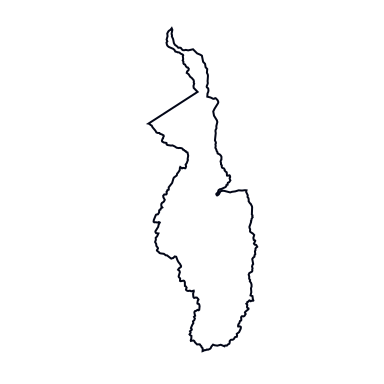 Huacaybamba, Huánuco, Peru (Robinson projection), rotated 235°
{"feature_id": "86281439B62210146896152", "entity_name": "Huacaybamba", "entity_type": "district", "adm_level": 2, "iso_a3": "PER", "parent_name": "Peru", "parent_adm1": "Huánuco", "projection": "robinson", "projection_center": [-76.78, -9.003], "detail": "fine", "context": "isolated", "style": "outline", "palette": "ink", "viewbox_px": 384, "rotation_deg": 235, "n_neighbors": 0, "source": "geoboundaries", "source_scale": "gbopen_adm2", "svg_char_len": 6034}
<svg xmlns="http://www.w3.org/2000/svg" viewBox="0 0 384 384"><g transform="rotate(235 192 192)"><path d="M121.1,218.3L123.1,218.0L125.7,216.9L126.6,217.0L128.2,218.3L129.5,218.5L130.5,219.0L133.7,223.4L134.4,223.6L134.9,224.6L135.9,225.5L136.6,227.3L137.6,227.4L138.2,228.2L139.2,228.1L145.0,232.5L145.9,232.9L148.7,233.3L149.4,233.0L152.0,233.1L152.8,233.8L154.5,234.7L156.0,234.6L157.4,235.8L161.0,236.4L162.1,237.6L163.1,236.4L164.5,233.8L166.6,231.2L167.7,227.8L169.2,224.9L169.8,223.0L174.4,219.1L175.4,217.9L176.1,216.1L176.1,215.4L174.7,212.7L174.6,210.9L174.9,210.5L176.0,210.5L176.6,211.0L176.8,212.9L178.2,214.7L178.3,215.2L178.2,216.7L177.7,217.5L176.8,222.3L177.2,223.5L177.9,224.1L177.6,225.4L178.2,225.7L179.0,226.7L178.7,228.1L179.5,230.1L181.4,230.5L181.9,231.0L182.4,231.9L183.8,232.4L184.3,232.2L184.7,230.8L185.4,230.1L188.2,231.7L189.6,231.2L191.0,231.1L191.5,231.6L192.9,231.7L194.4,230.7L194.9,230.6L196.3,231.2L196.7,231.7L198.0,231.6L199.1,232.4L200.6,232.9L201.5,234.0L201.6,234.6L203.9,236.3L205.1,236.5L206.7,236.3L208.9,235.1L210.1,235.7L211.4,235.7L213.0,236.3L214.8,236.5L216.1,237.8L217.7,238.6L218.4,239.7L219.4,240.1L221.1,240.4L226.6,245.2L228.5,246.2L229.2,246.8L230.1,248.5L232.0,249.7L234.8,252.9L236.5,253.5L241.9,253.8L245.8,255.6L247.3,258.3L249.7,264.0L250.2,264.8L251.2,265.4L252.7,265.6L255.2,265.2L255.6,264.8L255.7,263.5L256.2,262.8L258.8,261.4L261.3,259.2L263.7,261.1L264.8,262.8L265.7,263.7L267.4,264.6L268.1,264.6L269.2,264.2L270.1,264.6L271.5,266.7L272.1,267.4L273.8,268.3L278.0,271.7L279.2,272.3L281.1,272.6L284.0,275.0L286.4,274.7L289.5,276.2L292.3,275.8L298.0,278.3L299.6,277.6L302.6,275.7L308.3,274.7L310.2,270.1L312.0,268.4L312.5,267.1L313.3,266.0L314.1,265.6L316.4,265.5L317.2,264.9L318.0,263.5L319.7,263.3L322.5,262.4L324.4,262.6L328.0,264.2L331.1,264.8L331.9,265.6L333.2,265.9L336.1,268.9L337.8,269.3L337.2,267.3L337.3,265.8L337.1,264.7L336.0,262.6L333.7,261.4L331.4,258.6L329.5,258.2L329.1,256.9L328.6,256.6L326.9,255.9L325.5,255.8L324.1,256.2L320.1,258.7L318.6,259.1L316.6,258.9L315.5,259.9L314.7,260.3L314.0,261.2L313.2,261.8L312.0,262.0L310.0,263.2L309.3,263.3L308.9,263.1L308.6,262.4L305.9,261.0L305.1,259.8L303.9,259.8L302.4,258.8L301.5,258.7L300.4,259.4L298.2,259.1L296.9,259.4L296.3,260.0L294.7,260.0L293.7,258.9L293.6,257.2L292.6,256.0L290.4,256.8L287.5,256.6L285.6,257.2L282.8,257.5L281.5,257.0L280.5,256.1L279.6,256.0L278.0,254.0L276.3,253.1L270.8,254.0L273.0,195.5L272.2,196.2L270.6,196.5L269.5,197.1L267.7,196.8L263.2,197.2L261.2,197.0L260.1,197.7L259.0,199.2L257.9,199.2L256.7,200.2L254.7,201.2L253.9,200.9L253.2,199.6L252.6,199.1L252.4,198.3L251.2,196.7L250.5,196.5L248.7,197.3L247.0,199.1L246.6,199.2L245.5,198.5L244.6,198.8L242.1,201.4L241.3,202.8L239.2,204.0L237.1,204.8L235.6,206.3L235.1,207.3L233.7,208.7L232.6,209.1L231.8,208.9L230.9,209.6L230.0,209.6L229.2,210.3L228.0,210.2L227.0,211.0L223.9,209.7L221.4,207.2L220.9,207.2L220.5,206.9L218.6,204.1L218.1,202.5L216.3,201.8L215.3,200.4L215.3,200.0L216.4,199.1L217.1,198.1L217.1,197.4L219.2,196.7L218.8,196.0L216.9,194.4L215.8,191.6L215.6,190.4L214.3,189.0L214.2,185.5L213.8,184.7L210.8,180.9L209.2,175.6L207.3,174.3L207.6,172.8L207.1,172.4L206.9,171.6L206.7,171.2L205.5,170.7L204.8,169.8L204.8,169.4L205.9,167.9L205.4,166.2L204.0,165.5L201.2,165.2L200.4,163.7L200.2,162.9L200.3,161.2L199.7,159.9L198.1,158.8L196.3,158.8L196.5,157.4L196.3,156.7L195.7,156.2L195.8,154.6L194.1,153.3L193.3,151.3L194.0,149.8L193.9,149.2L191.0,144.7L189.7,143.5L188.8,143.7L187.9,145.1L186.7,146.3L186.4,147.6L185.5,148.1L184.2,145.7L182.9,144.4L180.8,139.5L180.2,139.1L178.9,139.0L177.3,140.7L175.7,138.0L175.3,136.0L173.6,135.0L172.2,133.1L170.1,132.9L168.3,131.9L165.9,132.0L165.2,131.7L164.5,129.9L164.2,129.7L162.9,129.9L162.3,130.3L160.6,130.4L159.6,131.2L157.5,133.5L155.2,134.2L154.4,135.2L149.5,136.7L149.2,137.0L149.1,138.0L148.7,138.6L149.1,140.9L148.0,141.9L144.2,140.9L142.1,140.7L139.9,140.9L137.6,140.6L137.0,140.0L136.9,137.4L136.3,136.0L134.8,136.5L133.3,136.1L130.6,132.7L129.8,132.4L128.0,132.7L126.1,131.2L125.4,131.6L124.2,134.3L123.6,134.6L122.2,134.4L119.1,132.3L118.1,132.8L116.7,132.7L115.7,131.2L114.9,131.0L113.7,131.5L112.8,132.6L112.4,133.7L111.1,134.4L110.2,136.8L109.7,136.6L108.0,134.5L105.2,132.9L104.0,133.0L103.4,134.6L102.7,135.4L100.4,135.7L100.1,135.6L99.6,134.3L97.8,132.6L97.3,132.5L96.3,133.4L95.4,133.3L94.1,132.7L91.4,130.4L91.3,129.6L92.3,128.9L92.3,127.3L92.7,126.0L92.2,125.0L90.6,124.2L88.8,123.6L88.6,122.0L86.7,121.8L85.7,120.3L85.5,118.6L83.8,117.9L83.0,116.0L81.1,113.0L79.7,113.1L79.3,112.8L79.1,110.5L77.9,110.4L77.5,110.1L76.8,108.3L75.8,108.4L74.5,109.0L72.5,107.5L71.1,105.8L70.6,105.7L70.2,106.9L69.4,108.1L68.5,108.4L67.2,108.2L64.2,108.7L63.0,110.7L62.4,111.1L61.6,110.9L60.3,111.2L59.2,110.8L58.2,111.1L57.2,110.7L55.6,109.4L55.3,110.5L55.3,111.5L54.6,112.5L54.4,114.0L53.8,114.4L53.5,115.1L53.2,116.9L53.3,117.6L54.3,119.3L54.9,121.7L53.5,122.6L51.6,124.6L50.4,127.9L47.0,130.1L47.3,130.6L47.2,131.2L46.2,132.4L46.5,133.9L46.3,135.5L46.9,136.4L48.2,137.3L48.6,138.8L48.5,139.4L47.6,140.6L47.6,142.1L48.4,143.7L48.3,144.6L47.7,145.6L48.4,146.5L50.1,147.3L50.2,150.2L52.1,153.5L53.1,154.4L53.7,154.6L54.5,154.1L55.3,152.7L55.8,152.8L57.0,154.1L57.4,155.5L58.8,157.3L58.6,158.6L59.6,159.5L60.9,160.1L61.5,160.9L61.6,161.7L60.5,162.9L60.4,163.9L61.3,166.0L62.8,166.1L63.3,166.9L63.6,170.8L63.8,171.3L64.3,171.5L65.5,170.9L66.3,171.1L67.7,172.5L69.3,172.4L69.5,173.6L70.2,174.4L69.9,175.2L70.3,176.7L70.2,177.0L68.8,177.5L68.7,178.6L67.9,179.6L67.9,180.0L69.7,180.6L72.0,181.8L73.7,180.6L75.9,183.1L79.3,185.1L80.4,186.6L82.1,187.7L83.6,188.2L85.8,188.2L86.5,189.1L88.2,189.1L89.9,190.4L91.8,191.0L92.7,192.5L92.4,195.4L92.8,196.2L94.0,196.9L94.7,197.8L96.5,198.4L97.6,199.8L97.9,200.8L102.5,202.9L103.1,204.3L103.2,206.0L104.4,207.0L104.7,208.1L107.4,209.6L107.9,210.6L109.1,211.4L109.5,212.1L109.7,214.0L111.7,214.2L112.3,213.9L112.9,213.2L114.2,213.1L115.7,215.8L116.3,215.8L117.3,215.1L119.2,215.9L121.1,218.3Z" fill="none" stroke="#020617" stroke-width="2"/></g></svg>